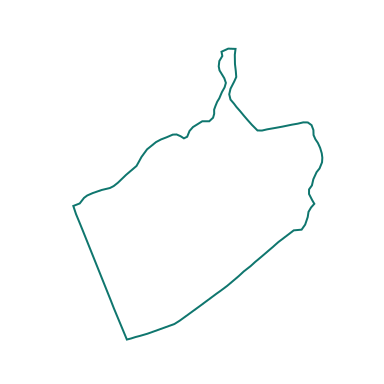 São Gonçalo do Amarante, Rio Grande do Norte, Brazil, rotated 326°
{"feature_id": "56859067B3289637824889", "entity_name": "São Gonçalo do Amarante", "entity_type": "district", "adm_level": 2, "iso_a3": "BRA", "parent_name": "Brazil", "parent_adm1": "Rio Grande do Norte", "projection": "robinson", "projection_center": [-35.331, -5.773], "detail": "fine", "context": "isolated", "style": "outline", "palette": "teal", "viewbox_px": 384, "rotation_deg": 326, "n_neighbors": 0, "source": "geoboundaries", "source_scale": "gbopen_adm2", "svg_char_len": 1550}
<svg xmlns="http://www.w3.org/2000/svg" viewBox="0 0 384 384"><g transform="rotate(326 192 192)"><path d="M85.8,137.2L83.5,145.4L82.2,151.8L81.4,155.7L80.1,161.9L64.0,236.7L62.2,244.7L55.5,277.9L59.4,279.3L64.2,280.7L68.1,282.1L75.9,284.6L103.6,291.6L109.9,291.8L133.1,291.0L155.5,290.0L159.9,289.9L168.5,289.5L175.1,288.8L183.4,287.9L190.5,286.8L199.2,286.2L205.3,285.3L213.2,284.5L224.5,283.2L228.3,282.8L231.8,282.3L235.7,281.8L254.9,280.7L261.8,284.5L267.6,282.3L273.9,277.5L277.5,273.6L282.1,271.4L286.8,270.2L287.1,265.8L287.9,259.1L290.5,255.3L295.1,253.6L299.7,249.3L306.4,245.2L310.9,243.8L316.4,240.1L319.2,236.5L321.2,232.5L322.9,227.1L323.8,221.7L323.8,217.3L324.6,212.8L327.3,208.5L328.5,203.4L326.9,199.1L323.2,196.5L317.9,194.5L312.6,192.1L303.6,188.4L297.2,185.6L289.4,182.1L284.4,180.2L280.7,177.6L279.2,169.8L278.4,163.9L277.7,158.0L277.1,151.8L276.4,146.3L276.2,142.2L275.6,136.9L277.5,131.8L281.7,127.9L288.8,124.0L293.0,121.4L295.9,116.3L299.2,109.9L304.2,102.2L308.1,97.7L302.2,93.4L294.9,92.2L293.2,96.2L287.9,98.7L284.4,102.8L282.8,106.6L282.4,115.7L281.1,120.5L277.5,123.5L272.7,125.9L267.0,129.6L263.3,131.3L259.7,133.7L256.4,136.1L254.1,139.6L251.0,142.2L245.9,143.0L240.1,139.1L229.1,138.7L224.1,140.0L218.9,143.5L215.3,143.0L213.7,139.3L211.4,135.7L208.2,133.7L201.8,132.5L195.7,131.1L190.1,130.5L178.6,131.5L169.7,134.7L164.5,137.4L160.5,139.4L147.1,140.9L135.7,142.9L130.4,143.3L126.2,142.8L118.2,139.8L109.2,137.4L103.2,136.3L99.2,136.5L92.5,138.7L85.8,137.2Z" fill="none" stroke="#0f766e" stroke-width="2"/></g></svg>